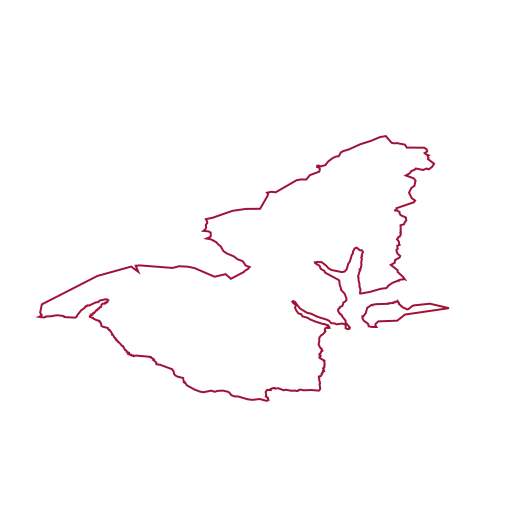 Balestrand nor, Sogn og Fjordane, Norway, rotated 12°
{"feature_id": "86288312B39702039742049", "entity_name": "Balestrand nor", "entity_type": "district", "adm_level": 2, "iso_a3": "NOR", "parent_name": "Norway", "parent_adm1": "Sogn og Fjordane", "projection": "robinson", "projection_center": [6.463, 61.269], "detail": "fine", "context": "isolated", "style": "outline", "palette": "rose", "viewbox_px": 512, "rotation_deg": 12, "n_neighbors": 0, "source": "geoboundaries", "source_scale": "gbopen_adm2", "svg_char_len": 6134}
<svg xmlns="http://www.w3.org/2000/svg" viewBox="0 0 512 512"><g transform="rotate(12 256 256)"><path d="M358.0,111.7L352.6,113.9L344.2,119.7L334.9,124.9L324.6,132.5L319.4,135.3L317.5,137.1L316.2,141.2L313.6,142.1L310.7,144.2L307.0,148.5L305.0,152.6L300.8,154.9L298.5,154.5L297.1,155.0L297.2,156.2L299.4,156.5L300.2,157.3L300.5,158.4L300.3,160.3L291.9,165.7L289.2,170.8L284.4,171.7L280.1,173.3L262.0,189.6L257.7,190.0L253.6,191.8L254.9,192.9L254.9,194.4L250.2,209.0L236.7,211.9L223.6,216.7L205.6,227.6L199.3,230.4L201.1,232.6L201.5,233.9L200.4,235.9L201.3,238.7L200.8,240.6L199.3,242.4L204.2,241.8L206.8,242.5L207.6,245.9L207.1,247.0L204.0,249.2L208.6,249.1L214.2,250.7L217.2,252.9L219.3,253.7L223.1,258.0L227.1,259.6L234.5,261.0L238.5,263.0L244.0,263.8L247.9,267.5L252.1,268.1L250.7,270.5L248.0,273.0L247.5,274.1L236.2,283.5L230.0,280.1L219.8,284.9L198.4,280.6L191.7,280.6L182.9,282.0L177.0,285.0L144.6,289.3L140.4,290.5L144.1,295.9L136.1,292.3L105.0,308.5L56.6,347.8L56.6,356.2L58.6,358.2L58.0,358.7L58.0,359.4L56.4,360.6L61.3,360.2L62.6,359.6L62.8,358.9L69.3,357.2L70.8,356.3L74.4,355.2L80.4,354.7L81.2,355.6L91.9,353.9L92.9,353.2L93.7,350.6L96.3,345.5L98.8,342.9L99.9,340.5L100.7,340.5L100.8,339.8L101.7,339.2L103.0,339.2L109.1,334.6L111.2,334.0L112.4,332.1L117.8,329.6L119.2,329.4L120.0,329.7L119.4,330.0L120.3,330.7L120.2,332.1L118.8,332.6L118.8,333.3L118.1,333.3L118.1,334.0L115.9,334.5L115.1,335.7L114.9,338.3L114.0,338.5L113.3,340.1L112.6,340.2L112.0,342.0L111.2,342.1L109.6,345.4L108.8,345.4L108.2,347.2L107.5,347.3L107.9,347.7L106.4,348.5L105.9,349.2L106.2,350.1L109.5,350.5L109.6,350.9L113.4,351.9L116.3,352.0L116.4,352.8L117.3,353.0L118.2,353.9L119.3,356.5L120.5,357.0L126.0,357.2L126.4,358.1L128.0,358.7L128.0,359.2L129.0,359.5L131.7,362.2L131.6,362.9L132.6,363.1L134.6,365.3L135.5,365.5L135.4,366.0L136.1,366.7L137.1,366.9L137.1,367.6L138.1,367.8L139.1,368.9L139.8,368.9L144.1,372.0L144.9,372.0L147.3,375.0L149.0,375.6L149.3,376.6L151.7,377.0L151.2,378.1L152.0,378.1L152.0,378.6L154.3,378.5L154.3,379.0L156.9,379.4L156.9,378.9L157.6,379.1L159.5,378.3L173.9,376.6L173.9,377.1L176.9,377.9L177.0,378.9L177.8,378.8L177.8,379.3L180.7,381.1L180.8,382.2L181.3,382.6L184.7,382.3L197.5,384.2L199.7,386.4L200.2,388.2L201.9,389.6L204.2,390.3L210.1,390.5L211.5,394.2L212.3,394.2L212.1,394.7L213.4,395.1L215.4,396.9L223.6,399.4L229.2,400.3L232.8,400.2L240.3,397.0L243.9,397.4L246.2,396.0L251.8,394.5L257.4,394.7L259.9,396.3L260.5,397.2L264.1,397.8L267.4,397.1L277.8,397.9L282.7,397.4L289.3,395.1L296.1,395.5L298.1,394.5L297.2,392.3L294.8,391.4L294.9,389.8L293.7,387.1L294.7,384.7L298.2,384.1L297.8,383.2L299.0,382.7L299.2,382.1L301.6,381.2L302.1,381.8L305.3,380.7L311.0,381.6L312.5,380.7L319.2,380.4L322.0,379.5L323.6,379.7L325.5,378.9L325.7,378.1L328.2,377.3L330.3,377.5L337.9,375.6L345.5,374.6L346.3,373.3L346.4,372.4L344.8,368.1L345.1,367.0L343.4,363.7L343.4,362.5L342.5,361.5L342.8,360.5L344.3,360.1L345.1,357.9L344.7,357.4L345.6,356.2L345.3,355.6L346.5,354.5L345.5,353.9L346.0,353.2L345.1,352.2L345.6,351.4L345.3,351.0L346.0,350.2L345.4,347.8L345.6,347.6L344.8,345.0L344.2,344.6L344.5,344.1L339.9,342.7L339.0,341.9L340.0,340.8L339.8,339.8L338.4,339.4L338.4,338.8L339.6,337.1L339.6,335.9L340.6,334.9L339.6,334.1L339.7,333.3L337.7,332.2L335.5,329.3L335.7,326.8L334.9,322.9L336.1,320.1L337.7,318.7L339.6,315.3L338.6,314.2L338.8,312.3L340.3,311.2L341.4,311.6L342.3,311.2L341.7,310.9L342.4,310.2L340.7,308.7L340.4,309.1L337.3,308.3L335.5,308.6L327.7,307.8L321.8,306.7L319.4,305.7L314.2,305.4L313.0,304.6L312.6,303.6L309.4,303.3L306.6,300.8L304.9,298.3L305.3,296.0L304.9,295.4L302.3,294.3L301.0,293.1L301.8,292.3L303.5,292.7L309.9,298.2L317.6,300.9L321.9,301.0L328.9,302.7L339.2,303.6L341.3,304.4L343.5,306.1L347.0,305.6L349.0,306.1L354.5,304.1L357.3,304.5L358.2,305.3L358.6,307.9L360.4,308.5L361.3,308.4L361.8,307.4L362.6,307.6L362.7,306.4L357.4,302.4L357.0,300.5L353.1,297.4L352.1,295.9L350.6,295.6L350.4,294.9L349.2,294.4L347.6,292.5L347.5,290.9L348.6,289.7L348.5,288.7L350.9,286.8L351.2,283.3L352.8,281.9L353.7,280.2L352.9,278.1L350.6,274.5L346.1,271.3L345.9,270.2L343.6,266.2L342.7,263.0L342.0,262.3L327.0,257.9L326.0,256.4L321.8,255.0L320.6,252.8L319.7,252.2L315.3,250.7L314.9,250.0L317.0,249.1L321.5,248.4L326.2,250.6L329.6,253.0L332.8,254.0L343.4,253.9L345.9,252.8L347.4,250.2L347.9,244.0L348.9,242.2L349.5,234.8L350.2,233.5L350.0,231.4L350.9,228.1L352.7,226.9L356.5,228.8L358.2,228.4L359.8,229.8L359.2,233.4L359.8,234.0L359.2,235.5L360.1,236.7L360.3,240.6L361.0,242.9L361.0,246.5L360.1,247.5L360.9,248.4L360.5,249.1L360.1,255.0L360.7,255.6L361.4,258.6L363.1,262.0L363.5,264.4L365.1,266.8L365.5,270.9L366.2,271.0L374.8,267.5L384.9,262.1L390.2,260.3L391.3,258.6L391.3,257.9L394.8,254.1L400.0,250.6L400.7,250.7L400.7,250.0L401.8,249.3L405.1,248.1L405.0,247.6L406.3,247.8L404.3,245.9L397.9,242.2L397.4,240.4L389.7,236.7L393.1,233.7L392.8,231.1L396.7,227.7L397.1,226.0L394.1,224.4L392.6,222.3L392.1,220.6L393.1,219.5L392.0,216.6L394.1,215.3L393.5,214.8L392.7,212.1L390.4,210.3L391.1,209.2L391.2,208.0L392.5,207.2L393.2,204.5L392.3,203.2L392.8,202.4L392.0,201.1L392.2,200.7L391.0,195.9L394.2,194.2L394.5,191.8L395.6,190.1L394.6,187.2L389.0,186.0L387.4,184.2L387.3,183.1L384.7,182.2L381.8,182.8L383.9,181.4L383.5,180.0L399.3,170.6L400.1,168.7L396.4,167.1L392.5,162.2L393.8,157.2L396.4,154.4L396.4,149.1L393.9,147.2L385.8,146.1L389.1,143.2L390.3,140.6L393.0,138.9L394.1,137.2L401.5,137.1L404.8,134.9L407.0,135.4L409.8,132.0L411.0,128.7L404.0,125.4L404.3,124.2L403.2,122.6L404.0,121.7L401.2,121.2L399.5,120.3L401.6,118.3L401.7,117.7L400.4,116.0L398.0,115.1L380.9,118.6L378.5,116.1L370.1,116.3L367.8,117.1L365.2,117.1L358.0,111.7ZM380.8,301.3L384.2,301.3L388.5,300.4L387.0,298.8L387.3,297.2L389.3,294.5L407.6,289.9L413.9,282.3L455.6,266.9L436.0,266.5L420.4,271.6L419.0,272.7L416.2,276.2L415.0,276.8L409.9,275.6L405.6,273.0L405.7,272.4L403.7,270.6L403.5,271.3L401.6,271.8L401.7,272.3L399.8,273.0L399.9,273.5L395.4,274.7L395.5,275.2L383.7,278.1L380.0,279.5L380.1,280.0L379.0,280.0L375.6,283.6L375.2,289.1L373.4,292.9L372.6,292.9L372.9,294.5L374.7,296.8L379.7,299.0L380.8,301.3Z" fill="none" stroke="#9f1239" stroke-width="2"/></g></svg>